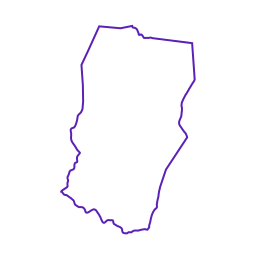 outline of Santa Rita, Santa Bárbara, Honduras, rotated 173°
{"feature_id": "27666195B84919379327477", "entity_name": "Santa Rita", "entity_type": "district", "adm_level": 2, "iso_a3": "HND", "parent_name": "Honduras", "parent_adm1": "Santa Bárbara", "projection": "natural_earth1", "projection_center": [-88.257, 14.756], "detail": "fine", "context": "isolated", "style": "outline", "palette": "violet", "viewbox_px": 256, "rotation_deg": 173, "n_neighbors": 0, "source": "geoboundaries", "source_scale": "gbopen_adm2", "svg_char_len": 5597}
<svg xmlns="http://www.w3.org/2000/svg" viewBox="0 0 256 256"><g transform="rotate(173 128 128)"><path d="M54.0,204.4L92.8,214.2L93.3,214.5L93.7,214.7L94.0,214.8L94.3,214.9L94.7,215.0L95.3,215.0L95.5,215.0L95.9,214.9L96.0,214.9L96.7,214.9L98.7,215.2L100.2,215.3L100.7,215.4L101.1,215.5L101.3,215.6L102.3,217.7L102.5,218.1L102.8,218.6L103.1,218.9L103.3,219.1L103.7,219.2L104.1,219.2L104.7,219.0L105.2,219.0L105.6,219.1L105.8,219.2L105.9,219.4L105.9,219.7L106.0,220.0L105.9,220.4L106.1,221.2L106.9,224.2L107.0,224.5L107.1,224.8L107.4,225.2L107.7,225.5L108.2,226.0L108.9,226.5L109.4,226.7L109.7,226.9L110.0,226.9L110.3,226.9L110.5,227.0L110.8,227.1L111.0,227.2L111.1,227.4L111.2,227.7L111.3,227.9L111.4,228.4L111.4,228.8L123.2,227.9L144.2,232.4L158.0,209.8L166.5,196.3L167.6,175.8L169.3,159.7L170.8,152.7L171.0,152.1L171.6,151.0L172.2,150.1L172.7,149.4L173.1,149.0L173.4,148.7L173.7,148.5L174.5,147.9L175.1,147.5L176.0,146.6L176.2,146.3L176.4,146.2L176.5,145.7L176.8,144.6L177.0,144.0L177.6,141.9L177.8,141.4L178.8,139.1L179.5,137.6L179.7,137.3L180.4,136.2L180.8,135.7L181.2,135.4L181.3,135.2L181.5,135.2L181.8,135.0L182.5,134.9L183.2,134.7L184.0,134.5L184.1,134.4L184.4,134.1L184.8,133.8L185.0,133.4L185.1,133.0L185.2,132.6L185.2,132.2L185.2,131.5L185.1,130.0L185.1,129.2L185.2,128.4L185.3,127.5L185.6,126.2L185.7,125.7L185.8,124.6L185.8,124.0L185.7,123.3L185.7,122.7L185.5,122.1L185.4,121.7L185.2,121.0L184.7,120.0L184.5,119.5L183.9,118.5L183.6,118.0L183.0,116.7L182.8,116.3L182.4,115.6L182.3,115.4L182.1,114.9L181.6,113.7L181.0,112.3L180.8,112.1L179.0,109.7L178.9,109.6L178.8,109.4L178.8,109.2L178.9,108.9L179.1,108.7L181.6,106.2L181.8,105.9L181.9,105.7L182.1,105.4L182.2,105.0L182.3,104.6L182.3,104.3L182.4,103.8L182.4,102.4L182.4,101.2L182.5,100.9L182.6,100.6L182.7,100.4L183.1,100.2L183.5,100.1L184.1,100.0L184.5,99.9L184.7,99.7L184.8,99.6L185.0,99.4L185.2,99.1L185.4,98.6L185.7,97.9L185.8,97.2L185.9,96.0L186.0,95.5L186.2,94.8L186.3,94.6L186.4,94.4L186.6,94.2L186.8,94.0L187.1,93.7L188.1,93.4L190.3,92.8L190.6,92.6L191.0,92.2L191.4,91.7L191.5,91.4L191.7,90.8L191.8,90.5L192.0,90.2L192.2,89.8L192.3,89.6L192.6,88.9L192.9,88.4L193.2,87.9L193.6,87.3L193.8,87.0L194.0,86.7L194.1,86.3L194.1,85.9L194.1,85.6L194.1,84.9L193.9,84.1L193.9,83.7L193.9,83.3L193.9,82.8L194.0,82.5L194.2,82.1L194.4,81.7L194.7,81.0L194.9,80.2L195.0,79.9L195.0,79.5L195.0,79.1L195.0,78.3L195.0,78.0L195.1,77.5L195.2,77.4L195.3,77.2L195.5,77.0L195.7,76.7L196.0,76.6L196.6,76.2L197.0,76.0L197.9,75.6L199.2,74.9L199.9,74.6L200.2,74.5L201.9,73.3L202.0,73.2L202.0,72.9L201.9,72.9L201.5,72.7L201.4,72.6L201.2,72.4L201.1,72.2L200.6,71.3L200.3,70.8L200.0,70.3L199.7,69.9L199.2,69.5L198.9,69.4L198.6,69.2L198.2,69.1L197.8,69.1L197.6,69.1L197.4,69.0L197.2,68.9L195.2,67.1L193.1,65.2L192.3,64.3L191.4,63.3L191.1,63.0L190.8,62.6L190.7,62.3L190.6,61.8L190.4,60.8L190.1,59.3L190.0,58.9L189.8,58.5L189.6,58.1L189.4,57.9L187.1,56.0L186.8,55.8L186.5,55.6L186.2,55.5L185.9,55.4L184.8,55.3L183.7,55.1L183.4,55.0L183.0,54.9L182.6,54.7L182.2,54.5L182.0,54.2L181.7,53.9L181.3,53.3L181.0,52.7L180.8,52.2L180.6,51.7L180.5,50.7L180.3,50.0L180.2,49.5L180.1,49.4L179.6,49.1L179.2,49.0L178.4,49.0L177.9,49.1L177.2,49.4L176.7,49.6L175.1,50.4L174.2,50.8L173.2,51.2L172.3,51.4L172.1,51.4L171.7,51.4L171.2,51.3L170.7,51.0L170.2,50.6L169.8,50.2L169.5,49.7L167.3,45.4L167.0,44.8L166.8,44.1L166.3,42.9L165.4,39.7L164.9,38.2L164.7,37.9L164.5,37.6L164.3,37.3L164.0,37.1L163.7,36.9L163.2,36.8L162.9,36.9L162.5,37.1L162.1,37.3L161.0,38.1L160.7,38.4L160.3,38.6L160.1,38.7L159.8,38.8L159.4,38.9L158.9,39.0L158.2,39.0L157.6,38.8L157.0,38.6L156.6,38.5L155.7,38.5L155.4,38.5L154.9,38.4L154.7,38.3L154.6,38.2L154.4,38.1L154.4,37.9L154.2,37.6L154.1,37.3L154.0,36.9L154.0,36.6L154.0,36.4L154.1,35.9L154.0,35.6L153.9,35.3L153.8,34.9L153.7,34.6L152.2,33.4L151.0,32.4L149.7,31.6L148.3,30.8L148.0,30.6L147.6,30.3L147.2,29.9L147.0,29.7L146.7,29.4L146.5,28.9L146.4,28.6L146.3,28.3L146.2,27.9L146.3,27.2L146.3,26.7L146.2,26.1L146.0,25.3L145.8,25.0L145.6,24.7L145.4,24.5L145.2,24.4L144.8,24.2L143.9,23.9L142.9,23.7L142.1,23.6L141.8,23.6L141.3,23.9L140.6,24.2L140.1,24.5L139.9,24.5L139.7,24.5L139.0,24.3L138.3,24.2L137.4,24.1L137.1,24.1L136.8,24.4L136.6,24.6L136.0,24.9L135.3,25.2L134.6,25.3L134.0,25.4L133.1,25.3L130.8,25.0L129.8,24.9L129.5,25.1L129.0,25.2L127.2,25.4L123.8,25.6L123.5,25.5L123.0,25.4L122.7,25.3L122.3,25.0L121.9,24.9L121.6,24.8L121.1,24.7L119.3,26.6L119.1,26.8L119.1,27.0L119.0,27.6L119.0,28.0L118.9,28.5L118.6,29.2L117.3,32.3L117.1,32.8L116.9,33.6L116.8,34.0L115.4,37.6L115.0,38.6L114.1,40.2L113.7,40.9L113.2,41.7L112.6,42.4L112.1,43.1L111.5,43.7L110.9,44.2L110.7,44.4L110.0,44.7L109.7,45.0L109.3,45.4L109.1,45.6L109.0,45.8L108.9,46.1L108.8,47.5L108.7,48.8L108.6,49.1L107.3,53.4L107.2,53.7L107.0,54.0L106.8,54.3L106.5,55.3L106.2,56.3L105.9,57.3L105.8,58.0L105.5,59.1L105.3,59.8L105.0,61.0L104.6,62.0L103.2,65.8L95.4,82.1L70.4,111.5L70.6,112.6L70.8,113.5L71.1,114.6L71.3,115.3L71.6,115.9L72.1,116.5L72.5,117.2L73.6,119.1L74.2,120.2L75.2,122.2L76.0,123.6L76.3,124.3L76.5,124.9L76.7,125.7L76.7,126.4L76.7,126.7L76.6,127.2L76.5,127.8L76.3,128.3L76.1,128.9L75.4,130.2L74.5,131.6L74.2,132.3L73.8,133.1L73.5,133.7L73.4,134.4L72.9,136.6L72.4,138.6L72.2,139.5L72.1,140.4L72.0,141.8L72.1,142.4L72.2,143.2L72.2,143.4L72.2,143.7L72.0,144.5L71.8,145.3L71.5,146.6L71.3,147.0L71.1,147.2L70.7,147.9L70.2,148.9L69.9,149.4L67.1,153.5L66.8,153.9L66.3,154.4L66.0,154.8L64.1,157.2L63.4,158.1L63.2,158.4L63.0,158.8L62.8,159.1L62.1,159.9L60.9,161.4L59.4,163.4L58.3,164.7L57.0,166.2L56.7,166.6L56.4,167.1L55.9,168.1L54.0,204.4Z" fill="none" stroke="#5b21b6" stroke-width="2"/></g></svg>